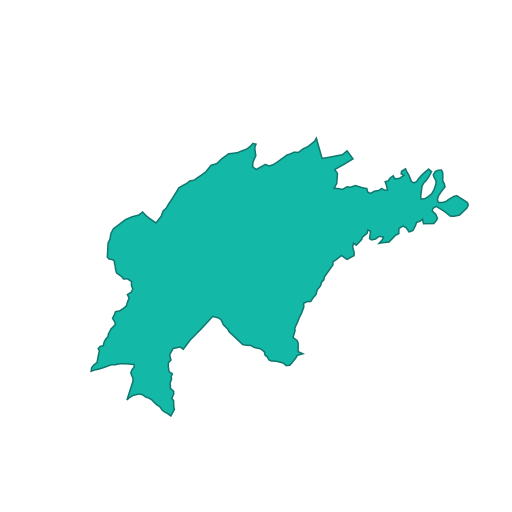 Catuípe, Rio Grande do Sul, Brazil (Equal Earth projection), rotated 233°
{"feature_id": "56859067B31230099072742", "entity_name": "Catuípe", "entity_type": "district", "adm_level": 2, "iso_a3": "BRA", "parent_name": "Brazil", "parent_adm1": "Rio Grande do Sul", "projection": "equal_earth", "projection_center": [-54.059, -28.176], "detail": "fine", "context": "isolated", "style": "filled", "palette": "teal", "viewbox_px": 512, "rotation_deg": 233, "n_neighbors": 0, "source": "geoboundaries", "source_scale": "gbopen_adm2", "svg_char_len": 4105}
<svg xmlns="http://www.w3.org/2000/svg" viewBox="0 0 512 512"><g transform="rotate(233 256 256)"><path d="M359.4,191.9L359.2,187.3L361.9,180.6L363.6,173.8L363.5,158.4L361.3,153.7L357.2,149.3L355.4,145.7L344.6,136.6L342.1,136.8L339.3,139.3L337.0,139.8L334.9,138.3L332.6,137.5L330.3,136.0L326.3,134.4L320.7,136.3L317.3,136.4L315.2,139.6L310.5,141.2L307.5,138.8L303.8,137.8L302.2,134.6L302.6,130.1L298.7,129.3L296.5,125.5L294.3,122.7L293.9,118.2L294.3,114.0L296.1,110.3L294.0,107.0L292.6,103.9L289.4,103.7L286.1,102.8L285.4,99.3L285.0,96.3L283.7,93.7L282.5,91.1L280.7,89.3L280.1,86.0L278.6,82.8L276.2,80.0L277.6,77.2L277.0,74.2L274.5,73.9L272.4,71.3L269.6,68.2L266.6,64.9L266.6,61.2L265.7,57.5L263.2,55.0L262.0,58.8L260.3,62.3L258.6,67.0L257.0,72.4L256.0,75.4L254.1,77.7L251.7,82.7L249.9,85.0L247.3,88.3L242.6,93.4L240.6,91.8L239.9,88.7L238.1,85.7L235.6,84.9L232.3,84.2L230.1,82.4L228.4,80.1L218.7,66.3L219.1,69.8L218.6,74.0L216.1,79.7L213.4,81.9L209.6,83.1L207.2,84.8L203.9,86.2L200.6,86.5L197.0,87.2L193.1,88.5L189.5,88.3L186.8,89.0L183.6,90.5L179.5,91.7L182.5,98.4L185.7,100.0L190.1,103.2L192.9,103.0L195.4,107.3L197.5,108.8L201.7,108.0L204.0,109.6L206.1,110.8L208.5,114.5L210.8,115.7L212.2,118.3L216.0,117.0L220.3,119.3L223.5,121.9L224.1,125.5L229.1,127.6L232.0,134.2L228.9,140.8L225.3,141.7L228.6,153.3L230.7,168.1L233.8,185.0L229.1,188.8L226.3,189.7L220.4,188.6L214.4,189.5L211.9,188.9L193.2,192.1L189.6,195.6L187.6,198.1L184.1,199.5L179.1,203.8L174.6,205.0L171.1,203.5L168.7,204.3L165.3,203.8L163.0,205.0L159.7,208.9L154.2,213.3L150.2,214.2L148.4,217.4L150.5,226.3L151.8,229.1L149.7,234.6L154.3,232.1L161.0,237.2L163.9,237.9L168.6,236.5L171.3,240.2L172.9,242.3L175.1,243.6L178.6,250.1L181.1,254.2L182.9,258.0L186.4,263.4L189.6,265.6L188.7,269.5L186.7,272.3L188.1,276.0L189.2,280.9L192.1,284.5L193.4,289.7L195.6,292.4L196.1,295.8L198.1,298.0L202.6,312.1L205.0,313.9L204.8,317.9L205.0,324.5L198.5,326.6L197.3,334.6L200.0,336.6L205.2,338.7L207.6,341.7L204.3,342.6L205.5,350.1L207.0,352.4L207.3,358.4L209.5,361.1L206.8,362.3L201.5,357.2L199.3,358.0L197.6,361.6L197.6,366.0L194.7,369.1L193.1,367.2L192.0,361.9L190.8,364.5L187.1,370.6L188.6,379.8L187.9,383.5L192.0,386.7L191.4,391.4L188.2,393.0L183.1,392.7L181.9,396.6L184.1,401.3L186.2,404.5L185.0,408.1L185.2,411.2L181.0,409.2L174.9,417.5L175.6,420.7L176.8,423.5L181.2,424.7L185.8,423.8L187.6,425.9L187.2,429.8L178.2,433.3L170.8,435.2L168.5,438.2L166.2,443.0L166.7,448.0L167.4,453.3L168.8,456.0L171.3,457.0L175.2,455.7L179.1,454.2L183.4,452.6L184.5,450.0L184.9,447.0L185.2,444.0L185.3,440.0L186.8,436.7L189.1,433.8L192.0,434.9L194.1,437.7L195.8,442.3L197.5,448.6L200.1,449.8L203.7,450.4L207.6,453.5L210.5,455.4L213.1,455.8L214.8,453.2L215.6,450.1L214.1,446.4L211.0,445.4L207.7,445.1L205.2,443.0L203.3,440.3L201.5,437.5L199.9,433.5L199.8,428.2L200.2,425.0L202.1,422.2L204.4,423.3L209.1,427.9L212.0,430.8L213.3,433.8L213.8,436.9L215.0,441.0L217.8,447.0L221.5,446.2L221.3,441.3L220.7,436.1L219.9,432.3L218.8,429.1L219.4,426.1L221.9,424.9L224.3,425.6L228.6,426.7L232.4,427.1L235.7,427.9L236.1,423.3L234.3,421.4L231.4,422.8L231.7,417.2L234.1,413.4L237.5,413.8L237.5,410.0L236.4,406.8L237.6,403.9L233.2,402.4L229.5,400.7L231.1,398.4L234.4,396.9L234.3,393.7L236.6,389.4L237.0,385.2L239.8,383.7L243.2,385.1L245.6,382.8L250.3,379.3L252.5,377.7L254.0,372.9L256.5,370.3L257.1,365.1L260.4,362.3L263.0,359.1L265.4,364.2L273.0,370.8L277.7,370.9L276.3,380.9L275.2,391.9L285.2,392.0L284.9,386.0L291.4,372.7L294.2,367.5L313.8,375.1L312.4,371.9L312.1,363.4L313.2,358.3L313.2,352.2L316.0,348.9L316.9,344.6L318.0,341.7L318.2,328.9L318.5,325.3L319.9,320.7L323.5,318.6L325.0,308.2L329.2,307.0L332.4,309.6L334.1,312.3L336.2,316.2L341.7,319.2L343.9,320.9L345.3,323.3L347.7,321.3L347.0,317.4L347.0,312.8L348.5,307.9L349.7,303.3L352.4,298.5L354.1,295.8L354.1,292.7L354.3,287.5L353.4,280.2L355.5,274.7L353.4,266.5L353.4,261.8L353.7,257.3L353.8,252.2L355.8,248.2L355.6,244.6L356.4,239.9L356.9,235.4L355.4,231.8L352.6,224.6L350.1,217.4L348.2,213.1L347.9,209.0L344.8,204.3L342.6,196.0L351.0,193.3L354.3,192.5L359.4,191.9Z" fill="#14b8a6" stroke="#0f766e" stroke-width="1.5"/></g></svg>